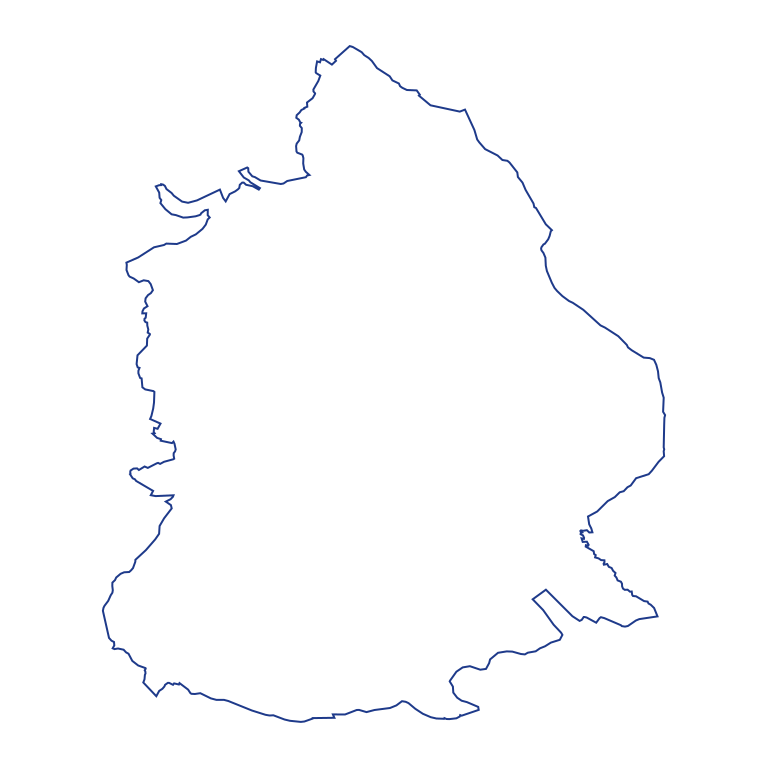 Baciu, Cluj, Romania (Natural Earth projection)
{"feature_id": "2599482B51271683564711", "entity_name": "Baciu", "entity_type": "district", "adm_level": 2, "iso_a3": "ROU", "parent_name": "Romania", "parent_adm1": "Cluj", "projection": "natural_earth1", "projection_center": [23.482, 46.828], "detail": "fine", "context": "isolated", "style": "outline", "palette": "blue", "viewbox_px": 768, "rotation_deg": 0, "n_neighbors": 0, "source": "geoboundaries", "source_scale": "gbopen_adm2", "svg_char_len": 6093}
<svg xmlns="http://www.w3.org/2000/svg" viewBox="0 0 768 768"><path d="M478.2,706.9L466.9,702.1L461.6,700.7L457.2,697.7L453.3,692.6L452.9,686.6L449.7,681.4L450.0,680.7L456.4,671.7L462.7,667.4L469.9,666.2L480.3,669.7L486.0,668.9L489.1,663.2L490.1,659.4L498.0,652.8L506.7,651.4L512.3,651.6L520.9,654.0L524.9,654.4L527.8,652.7L535.7,651.3L540.0,648.3L545.0,646.3L550.9,642.6L559.8,639.8L562.4,634.9L561.2,632.8L553.6,624.7L543.1,610.0L532.7,599.3L545.9,589.7L572.4,616.2L579.6,620.9L581.7,619.9L583.7,617.0L584.5,617.0L586.6,617.5L596.2,622.7L599.6,618.1L600.9,617.2L604.3,618.1L620.9,625.2L621.8,626.1L625.0,626.6L627.9,626.0L635.9,620.5L639.3,619.1L657.5,616.4L654.1,608.0L650.7,604.7L648.5,603.5L647.6,601.6L644.1,601.1L636.1,596.3L633.0,596.0L632.2,594.9L631.7,591.5L630.0,591.7L627.6,589.7L624.7,589.8L623.0,588.6L622.1,586.3L622.0,583.7L620.9,581.7L617.6,580.4L616.4,577.5L614.7,575.6L615.5,573.0L613.1,570.8L611.6,568.0L608.8,566.8L607.2,564.0L603.9,564.7L603.6,563.8L604.5,562.0L604.4,560.3L601.1,560.1L598.6,558.4L595.1,557.4L595.7,555.1L594.1,554.0L593.7,551.2L585.7,546.6L585.9,545.2L588.3,545.6L588.6,544.8L586.9,541.7L582.7,541.9L581.6,538.4L583.9,538.9L584.1,537.9L583.0,535.4L580.6,534.2L580.8,532.9L582.1,532.5L580.4,531.0L581.0,530.4L583.1,530.8L586.9,530.2L589.3,532.5L592.4,532.3L591.3,528.5L589.2,524.3L588.0,516.5L597.2,511.5L607.7,501.1L614.8,497.1L619.7,492.3L623.7,491.2L627.5,487.2L630.7,485.5L636.1,478.2L648.7,474.2L651.9,470.7L658.6,461.8L664.1,456.2L663.7,451.2L664.2,449.3L663.7,447.4L664.2,424.2L664.4,417.8L665.1,415.1L663.1,411.8L663.7,397.7L662.1,392.5L660.3,382.4L658.7,378.1L658.0,371.3L656.3,364.8L654.0,359.8L649.8,358.1L643.7,357.6L631.8,350.3L628.0,347.4L626.8,344.9L618.3,336.2L605.0,327.6L600.5,325.4L583.3,309.8L572.8,302.8L569.0,301.0L562.4,296.1L557.1,291.0L554.5,287.9L551.8,282.7L546.9,271.0L545.8,265.8L545.4,257.6L543.4,252.9L541.5,250.4L541.1,248.8L541.4,247.3L543.5,244.4L544.9,243.7L548.2,239.3L549.6,236.0L550.8,231.2L551.9,230.2L545.8,224.3L536.0,208.0L534.3,207.2L533.5,203.5L525.6,189.9L522.5,182.6L517.9,177.0L517.3,172.4L509.5,162.5L507.4,160.8L502.4,160.0L497.6,155.5L485.1,149.1L479.3,142.4L477.2,139.5L474.4,130.0L465.0,109.6L459.8,111.6L430.5,105.3L418.9,95.6L419.8,94.7L416.7,90.4L406.9,90.0L402.3,87.8L400.1,86.2L398.9,83.5L392.4,80.4L389.7,76.3L377.0,68.1L371.9,61.0L368.7,58.0L364.3,55.2L361.7,52.2L352.8,47.0L349.7,46.1L335.0,59.2L336.0,60.8L331.9,64.6L323.6,59.1L323.1,59.9L321.0,59.1L320.0,62.3L317.1,61.4L315.9,68.0L315.7,72.3L316.3,73.2L320.3,75.6L318.3,81.0L313.4,89.5L313.5,91.5L315.1,93.4L314.9,94.2L312.6,98.2L307.0,102.5L307.3,106.7L304.3,107.9L304.4,108.5L301.4,110.0L299.6,112.5L296.7,115.2L296.3,117.8L298.9,119.7L300.3,122.5L301.1,122.8L300.0,123.9L299.9,125.8L301.8,128.1L301.7,132.1L299.9,136.8L299.2,140.4L296.7,143.6L296.1,146.1L296.5,151.5L297.3,152.7L302.2,154.6L302.7,155.4L303.4,158.1L303.2,163.5L304.2,169.5L305.8,171.8L309.4,175.0L307.1,175.5L305.9,177.2L287.2,181.0L283.5,183.5L280.8,184.0L260.6,180.5L254.9,177.1L252.3,176.3L248.4,171.7L248.2,168.2L247.2,167.5L238.9,171.2L243.8,177.5L248.8,180.4L250.4,182.3L259.9,188.1L258.8,189.6L252.7,186.2L246.1,184.8L243.7,182.6L242.2,182.6L239.8,184.8L239.3,187.9L238.1,189.2L235.1,191.4L229.6,194.1L225.7,201.4L223.1,197.9L219.9,189.6L197.0,200.4L188.1,202.8L182.1,201.6L173.8,195.7L171.6,193.0L166.5,189.1L164.9,185.9L163.1,184.6L161.2,184.2L161.2,185.1L159.1,185.2L155.8,186.4L159.2,192.6L159.6,197.8L161.3,200.1L160.4,203.1L165.4,209.2L171.6,214.3L175.9,215.1L183.2,217.6L187.5,217.4L195.6,216.3L199.2,215.2L200.5,214.6L201.1,213.3L204.8,210.3L207.8,209.8L207.7,215.2L209.7,217.5L207.7,219.4L205.8,224.6L202.5,228.9L195.8,234.4L190.8,236.8L186.0,240.6L176.9,244.0L166.3,243.6L164.0,245.0L154.0,247.3L138.1,257.5L126.4,262.6L126.8,264.9L126.5,270.0L128.5,275.2L129.6,276.6L133.7,278.5L138.9,282.2L143.7,280.3L148.4,281.1L150.7,284.1L152.7,289.6L152.9,290.2L150.9,293.1L148.0,295.1L145.6,298.3L145.2,301.6L147.5,306.2L143.9,308.5L142.5,311.3L142.3,313.4L146.2,313.3L145.7,317.7L144.5,318.8L144.4,320.5L145.5,322.1L147.2,322.6L147.3,325.6L148.3,329.5L147.7,332.6L149.8,333.9L149.9,334.6L147.2,338.6L146.9,345.6L137.5,355.3L136.6,364.1L137.7,367.4L139.5,367.9L138.4,370.8L138.4,373.3L140.1,377.9L141.6,378.4L142.4,387.3L145.2,389.4L153.4,391.1L154.4,391.9L154.0,402.6L153.2,408.5L151.4,416.0L150.1,419.0L160.5,423.6L157.6,428.8L154.1,427.9L153.7,431.9L154.6,433.2L152.5,433.6L157.1,437.9L161.0,439.2L160.7,440.7L172.0,443.1L173.5,441.6L174.5,443.8L175.7,449.4L175.1,451.3L173.7,453.2L173.6,455.4L174.2,458.7L173.2,459.3L164.0,461.8L160.1,463.9L158.1,462.9L156.8,463.3L147.8,467.9L144.6,466.5L138.9,470.0L137.1,468.4L133.5,468.6L130.6,470.5L130.2,472.0L130.5,473.8L130.0,474.2L132.7,478.3L134.9,479.3L136.2,481.0L153.1,490.9L150.8,495.2L155.6,496.1L173.5,495.3L172.9,496.8L170.6,499.2L165.8,501.6L170.9,505.1L171.7,508.4L164.1,518.3L159.6,526.0L159.1,533.8L155.2,539.4L145.9,550.1L135.4,559.8L135.3,561.8L133.0,568.1L131.1,570.3L129.2,572.0L124.1,572.3L120.6,573.8L116.2,577.5L115.0,580.1L112.4,582.6L112.3,586.0L112.8,590.2L112.4,592.7L110.7,595.3L108.2,600.9L104.5,605.8L103.5,607.8L102.9,610.8L109.0,637.9L111.5,640.7L114.0,642.0L114.3,645.4L112.7,648.3L114.5,649.1L118.0,648.5L123.6,649.7L126.1,652.4L128.5,653.7L132.3,660.9L138.2,665.5L145.5,668.1L145.7,668.7L144.7,670.3L145.3,671.4L145.5,673.4L144.9,674.9L144.5,679.3L143.3,682.5L156.3,696.2L159.2,690.9L162.4,688.8L164.4,686.5L165.1,684.8L167.8,682.9L169.1,682.9L173.0,684.8L174.1,683.4L178.9,684.5L179.5,683.1L188.1,689.6L190.4,693.1L191.4,693.8L194.9,694.0L200.3,693.2L210.9,698.4L216.5,699.9L224.1,699.9L228.3,701.0L251.9,710.5L265.5,714.8L269.5,715.5L273.4,715.3L284.5,719.5L290.0,720.8L300.8,721.9L304.4,721.5L312.6,718.6L312.6,718.1L334.4,717.8L332.9,714.4L345.0,714.5L356.7,710.0L359.0,709.9L366.5,712.1L374.5,710.0L390.0,708.0L396.4,705.4L402.0,701.2L405.7,701.8L408.5,703.1L415.3,708.8L422.9,713.8L430.8,717.2L436.4,718.5L444.1,718.8L444.4,718.1L446.5,719.0L449.4,719.1L456.4,718.3L459.8,716.5L460.2,715.1L461.6,715.7L478.7,709.9L478.2,706.9Z" fill="none" stroke="#1e3a8a" stroke-width="2"/></svg>